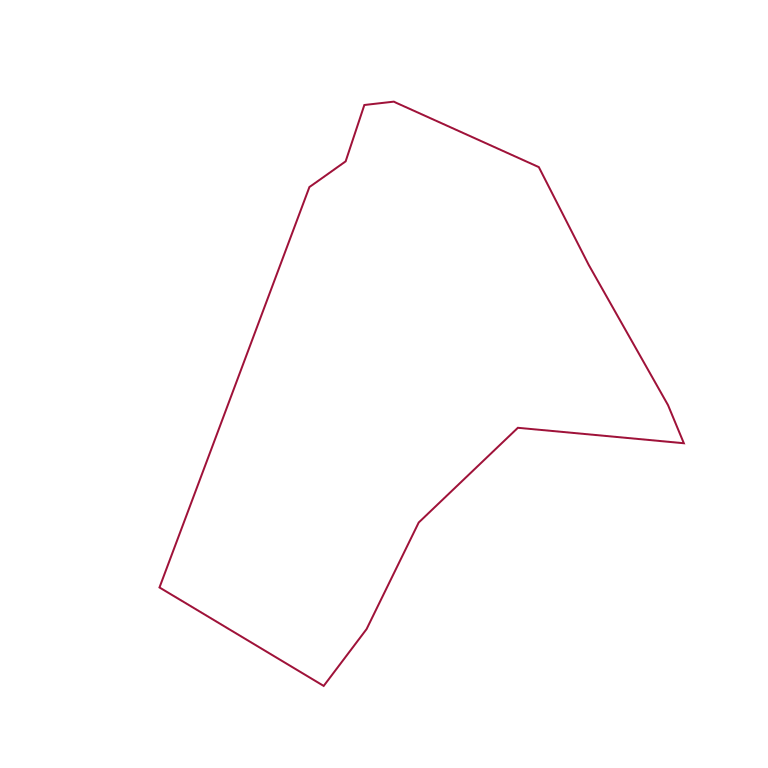 the district of Compar, Soufrière, Saint Lucia, rotated 164°
{"feature_id": "8701671B4982354038174", "entity_name": "Compar", "entity_type": "district", "adm_level": 2, "iso_a3": "LCA", "parent_name": "Saint Lucia", "parent_adm1": "Soufrière", "projection": "natural_earth1", "projection_center": [-61.059, 13.836], "detail": "fine", "context": "isolated", "style": "outline", "palette": "rose", "viewbox_px": 768, "rotation_deg": 164, "n_neighbors": 0, "source": "geoboundaries", "source_scale": "gbopen_adm2", "svg_char_len": 394}
<svg xmlns="http://www.w3.org/2000/svg" viewBox="0 0 768 768"><g transform="rotate(164 384 384)"><path d="M525.2,110.4L468.3,153.2L388.8,241.3L267.4,305.0L112.1,244.4L116.8,285.4L154.4,442.1L175.4,549.8L294.6,650.8L296.7,652.7L321.1,656.8L326.0,657.6L334.6,645.0L359.5,608.6L389.6,598.0L401.4,593.9L566.3,371.2L655.9,250.3L525.2,110.4Z" fill="none" stroke="#9f1239" stroke-width="2"/></g></svg>